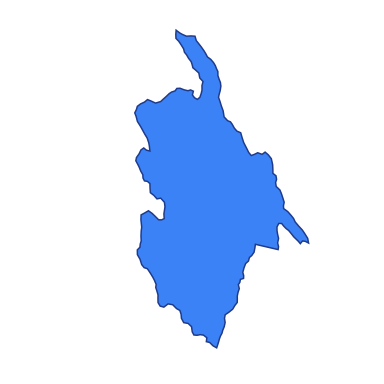 the district of Jussari, Bahia, Brazil, rotated 146°
{"feature_id": "56859067B48740648537316", "entity_name": "Jussari", "entity_type": "district", "adm_level": 2, "iso_a3": "BRA", "parent_name": "Brazil", "parent_adm1": "Bahia", "projection": "robinson", "projection_center": [-39.507, -15.151], "detail": "fine", "context": "isolated", "style": "filled", "palette": "blue", "viewbox_px": 384, "rotation_deg": 146, "n_neighbors": 0, "source": "geoboundaries", "source_scale": "gbopen_adm2", "svg_char_len": 3048}
<svg xmlns="http://www.w3.org/2000/svg" viewBox="0 0 384 384"><g transform="rotate(146 192 192)"><path d="M269.7,174.6L272.3,170.6L272.7,165.3L274.3,159.9L274.0,156.1L271.9,153.4L271.9,148.4L272.1,143.6L272.5,140.0L273.4,135.4L275.4,133.2L276.5,129.4L277.7,125.7L279.6,123.0L282.0,119.3L282.2,115.2L279.7,112.3L274.4,112.6L271.0,109.3L270.0,104.0L268.3,100.6L269.5,96.5L271.4,93.2L271.9,88.3L268.7,85.2L267.7,80.6L270.0,75.9L270.4,72.4L267.9,70.4L264.9,69.1L262.5,66.9L261.2,62.9L263.8,59.9L261.5,57.4L260.6,52.8L258.7,49.0L256.5,50.7L254.2,52.5L251.4,54.9L248.9,56.7L246.2,58.1L243.8,60.2L240.5,62.4L237.5,65.3L235.7,69.1L233.1,71.7L228.7,71.7L223.8,72.1L219.8,74.0L216.3,75.1L214.5,77.6L212.6,80.5L209.9,83.1L206.8,85.5L205.4,89.3L202.9,90.3L200.7,92.5L197.6,91.5L195.9,93.8L194.8,97.0L191.2,100.1L187.5,102.7L183.8,103.2L181.0,105.6L178.0,105.9L174.2,107.4L171.3,110.3L168.7,113.2L152.8,96.1L150.8,98.3L149.5,101.9L146.2,105.1L144.7,109.0L143.2,112.3L141.1,115.5L137.7,117.4L135.3,115.8L135.0,112.4L134.4,109.0L133.4,106.1L133.0,102.1L132.7,97.9L132.0,94.6L131.4,91.7L131.1,88.6L127.8,89.6L125.7,87.8L123.9,84.5L122.0,88.9L121.8,94.3L121.8,98.8L122.6,104.0L123.2,109.5L122.6,113.3L122.9,117.1L123.6,122.3L125.3,127.0L123.9,129.4L121.3,132.0L120.0,136.4L118.8,140.6L118.0,144.5L119.1,149.5L117.4,153.1L114.8,155.2L113.3,158.5L114.5,162.2L112.4,165.4L109.9,169.5L107.6,175.3L108.0,180.3L109.1,184.2L112.8,184.0L115.6,187.8L119.2,188.3L122.5,189.1L122.9,193.1L122.3,197.4L121.5,204.1L120.1,208.9L118.5,213.9L120.7,217.3L121.2,221.3L120.8,225.7L120.9,228.7L122.6,231.2L123.4,236.3L120.8,241.9L119.5,247.1L118.1,251.6L117.1,255.6L115.1,257.6L111.8,260.4L108.9,263.6L107.2,266.9L106.5,270.2L105.4,274.1L103.2,277.4L102.7,280.7L102.0,283.7L101.8,287.3L102.3,291.6L103.7,295.4L103.3,298.5L103.1,302.3L103.2,307.0L103.5,311.6L103.8,315.1L102.4,319.5L105.5,321.9L109.5,324.3L111.9,328.1L113.2,330.7L114.7,335.0L117.3,331.7L119.4,328.3L118.7,324.5L118.7,320.3L118.9,315.4L120.1,312.1L119.8,308.6L120.1,304.8L119.8,300.5L120.7,297.4L121.8,294.5L120.8,291.0L119.8,286.8L121.8,282.2L121.1,277.4L124.2,274.7L126.7,270.9L129.3,268.5L132.5,266.1L135.8,265.8L137.2,268.7L137.4,272.2L134.5,274.8L136.1,277.4L138.7,278.2L141.3,281.0L143.9,284.7L146.6,286.3L149.6,285.3L153.1,286.3L155.9,286.3L159.9,285.6L164.3,285.0L167.4,284.5L172.5,286.1L175.2,290.5L177.2,293.5L181.2,293.1L185.3,293.8L189.4,293.6L191.9,291.5L195.2,289.6L196.0,286.1L197.8,281.0L198.0,275.0L198.4,270.6L198.8,266.2L199.0,261.8L200.4,256.8L201.7,253.9L204.0,249.5L206.4,252.2L207.4,255.5L210.8,255.4L214.6,253.2L218.8,251.6L221.1,249.3L221.4,246.2L221.8,242.7L222.8,238.0L223.1,233.8L224.8,231.0L225.2,227.8L223.0,225.7L222.2,222.5L224.6,218.7L226.9,214.7L225.5,210.5L224.9,205.9L221.4,204.4L220.6,198.9L222.7,194.8L227.5,189.6L229.9,185.5L232.8,185.9L235.2,187.6L236.1,192.3L237.0,196.5L238.6,200.8L243.2,201.1L247.0,201.5L249.9,197.5L252.0,193.5L253.4,190.9L255.9,188.1L259.0,183.9L261.5,179.8L263.8,178.0L266.1,175.3L269.7,174.6Z" fill="#3b82f6" stroke="#1e3a8a" stroke-width="1.5"/></g></svg>